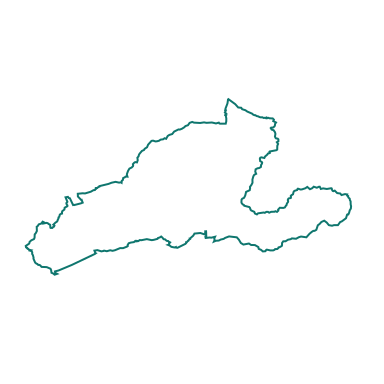 Darmanesti, Bacau, Romania, rotated 186°
{"feature_id": "2599482B46065008984016", "entity_name": "Darmanesti", "entity_type": "district", "adm_level": 2, "iso_a3": "ROU", "parent_name": "Romania", "parent_adm1": "Bacau", "projection": "equal_earth", "projection_center": [26.342, 46.329], "detail": "fine", "context": "isolated", "style": "outline", "palette": "teal", "viewbox_px": 384, "rotation_deg": 186, "n_neighbors": 0, "source": "geoboundaries", "source_scale": "gbopen_adm2", "svg_char_len": 6067}
<svg xmlns="http://www.w3.org/2000/svg" viewBox="0 0 384 384"><g transform="rotate(186 192 192)"><path d="M37.5,205.8L39.6,205.9L43.0,204.6L44.4,206.0L47.5,206.1L50.2,208.3L51.5,207.6L52.2,207.8L53.1,209.0L53.4,210.1L54.0,210.3L58.2,209.1L62.0,209.3L64.2,208.5L65.5,210.6L66.3,210.5L68.3,209.3L71.5,210.0L72.9,208.3L75.0,207.1L77.9,209.1L79.6,207.6L82.9,206.1L84.2,205.8L87.0,206.4L87.4,206.0L87.6,205.0L90.3,203.8L91.0,202.7L91.3,200.3L92.9,199.1L93.4,198.3L93.0,197.4L93.2,196.3L95.0,195.8L95.5,195.4L95.9,194.0L95.4,193.0L95.5,192.0L96.4,190.5L96.7,188.6L97.2,188.2L98.0,186.4L99.5,185.7L103.0,185.5L104.5,183.5L104.2,182.5L105.4,181.1L107.1,181.6L107.9,181.0L111.1,180.6L113.1,179.5L114.4,180.2L116.0,180.0L117.4,178.9L118.5,179.1L124.1,177.7L125.1,176.5L127.2,177.2L128.0,178.8L131.1,179.8L131.9,180.5L132.7,182.3L133.4,183.0L138.6,183.8L138.9,184.4L140.3,185.0L141.4,186.1L141.8,187.0L141.9,189.6L141.4,190.5L139.6,191.7L138.7,194.1L138.2,197.8L134.8,199.8L134.6,201.9L134.9,203.1L133.6,205.4L132.8,207.5L133.2,210.7L132.6,214.1L131.9,215.6L130.1,216.8L131.2,218.8L131.1,221.2L129.4,222.4L127.8,222.8L126.1,224.1L126.1,226.2L125.4,227.5L125.3,228.6L125.8,229.2L127.4,229.8L128.0,232.1L127.7,233.2L126.7,233.7L123.6,233.4L123.0,235.0L121.0,237.1L120.6,238.1L118.7,238.9L118.7,239.4L119.2,240.0L119.0,240.4L112.4,242.4L111.7,243.1L112.0,246.9L111.4,248.8L112.8,250.4L111.4,251.5L111.6,253.4L112.3,254.0L114.0,254.1L114.6,254.6L115.3,255.8L115.1,258.5L115.7,260.1L117.3,262.0L119.3,262.4L120.4,263.8L120.0,264.3L118.1,264.6L116.8,265.9L116.5,267.0L116.5,268.4L115.7,269.9L118.6,271.0L118.1,272.5L119.4,273.6L122.5,273.4L124.2,273.8L124.9,273.3L125.7,273.8L126.1,273.1L127.1,273.5L128.3,273.1L130.1,273.7L131.1,273.4L132.8,273.6L133.9,274.1L135.7,274.3L137.0,275.0L137.8,274.9L139.2,275.3L140.4,276.2L145.5,277.8L147.4,278.9L150.8,279.6L151.8,280.9L154.9,280.9L158.2,283.9L166.3,288.6L165.8,288.1L166.0,283.7L167.4,278.5L167.4,277.9L166.9,277.0L167.6,276.6L167.1,275.5L167.6,274.6L166.3,273.6L166.8,273.2L167.0,272.0L166.1,271.9L166.4,271.4L165.6,268.9L165.3,265.9L165.6,263.5L171.2,262.9L171.9,263.0L172.6,263.8L175.3,262.7L179.5,263.2L184.8,262.3L187.3,262.5L191.1,261.5L197.3,261.2L199.1,261.7L201.6,260.5L203.0,258.0L205.4,256.9L206.4,255.6L208.7,253.8L210.7,252.8L212.0,252.8L216.1,250.2L217.7,247.6L220.5,246.4L222.0,245.2L223.3,242.2L224.9,242.6L226.2,241.4L228.7,240.8L230.2,239.5L232.4,238.7L233.7,238.5L236.1,239.0L237.6,238.6L240.6,234.5L241.4,231.8L243.6,230.0L244.1,228.8L246.1,227.6L248.2,224.5L248.7,223.3L248.9,221.8L249.9,220.4L249.3,218.0L249.8,215.7L251.6,215.8L252.6,215.0L253.7,213.5L253.3,212.4L253.4,211.5L254.5,210.1L256.7,208.7L257.8,206.3L258.6,203.1L258.5,202.2L257.8,200.5L259.7,200.4L260.3,199.6L261.9,198.7L262.0,196.8L263.0,195.8L263.0,193.8L263.8,194.2L265.5,193.7L269.1,194.1L273.0,192.8L275.9,191.3L284.6,188.2L284.5,187.8L286.1,186.8L286.6,186.1L288.0,185.9L287.8,185.1L288.3,184.9L288.8,183.8L290.2,183.5L292.7,181.7L298.2,179.4L300.6,179.3L305.4,178.3L305.0,175.6L301.0,172.2L300.8,172.4L299.6,170.0L301.3,169.1L307.8,166.7L308.2,166.9L308.9,166.6L312.8,173.0L313.9,173.1L314.9,174.2L317.2,173.5L314.9,169.2L315.8,167.8L315.3,166.5L314.5,165.7L314.5,164.8L317.0,163.1L317.1,161.2L319.0,159.4L319.2,158.3L319.0,157.0L319.7,156.8L321.1,155.7L321.4,153.5L322.1,152.8L322.0,151.7L322.6,150.4L322.7,149.4L323.4,148.2L324.5,147.4L326.5,145.0L325.3,144.2L325.6,143.2L326.9,142.3L327.1,141.7L328.8,141.5L329.1,141.7L329.6,144.4L330.2,144.9L331.2,145.1L332.2,145.9L333.4,146.1L336.9,145.0L337.1,145.5L336.1,145.8L335.9,146.3L337.4,146.9L338.7,144.8L341.0,143.8L341.9,142.0L342.8,141.2L342.2,137.0L343.1,134.7L344.0,133.4L343.8,130.0L344.3,128.6L346.7,127.2L348.3,125.4L348.4,124.1L348.7,123.5L351.7,121.0L351.3,119.7L350.4,119.4L350.5,119.1L349.5,118.3L349.0,118.4L347.9,117.5L346.1,117.3L346.8,116.7L345.3,116.4L344.6,115.3L344.5,113.7L343.6,112.5L342.7,110.1L342.7,109.1L340.6,105.4L339.1,104.4L338.3,104.3L337.3,103.4L336.0,103.5L335.2,103.1L333.8,101.8L328.6,102.1L324.7,100.9L323.9,99.5L323.3,97.0L321.6,96.5L320.0,95.4L317.6,96.5L319.6,97.3L320.0,98.7L316.5,100.0L303.9,106.9L282.2,120.2L281.3,121.0L281.8,121.2L282.9,123.5L280.0,124.3L275.9,123.5L273.9,124.1L273.4,124.5L270.5,124.2L267.3,125.5L264.9,125.2L262.6,126.0L257.6,128.7L254.6,129.0L250.9,130.9L250.2,131.6L250.5,132.4L249.6,134.4L247.6,135.3L244.5,136.1L243.3,137.4L242.7,137.0L241.7,137.2L241.3,137.3L241.4,137.6L240.2,137.6L239.0,138.7L237.2,138.8L232.0,140.4L227.0,139.9L225.1,140.4L221.4,141.8L221.1,142.6L219.2,143.5L218.0,144.5L216.6,143.5L215.3,142.1L213.9,142.1L212.1,140.8L210.5,140.7L210.0,140.2L208.5,139.6L209.1,138.7L209.4,138.9L209.3,137.4L210.3,136.9L208.5,136.4L206.8,135.3L203.6,135.0L202.5,135.5L202.5,135.1L200.6,135.0L193.2,139.7L192.6,140.4L192.6,141.2L192.2,141.1L191.1,142.8L190.5,143.1L190.3,143.8L189.2,145.0L189.3,145.3L188.9,145.3L188.9,145.8L186.2,148.7L185.2,150.9L179.4,152.1L175.3,151.2L174.5,151.7L174.7,153.5L174.3,153.9L174.5,154.3L173.9,154.4L173.6,152.5L174.2,152.4L174.2,151.8L173.5,151.4L173.2,149.7L173.7,149.5L173.7,149.0L174.0,148.8L173.6,147.7L169.7,148.6L168.0,148.6L164.4,149.9L165.0,148.1L164.5,146.6L165.0,145.0L163.2,146.0L160.3,146.5L158.5,147.7L155.6,148.7L154.3,149.8L150.5,151.7L142.7,151.6L140.4,149.5L138.1,146.4L135.4,145.1L130.0,146.7L127.7,145.5L123.9,145.8L120.3,144.2L119.7,142.4L117.3,141.7L115.3,140.3L112.8,140.8L112.1,142.2L111.6,142.5L108.0,142.1L105.2,142.4L103.9,143.1L103.4,143.9L101.3,144.2L100.4,145.1L100.1,146.0L99.2,146.2L97.1,147.7L96.9,148.5L97.1,150.7L96.1,152.5L93.8,152.8L91.5,154.6L88.9,155.4L87.8,156.3L83.6,156.4L81.0,158.2L78.9,159.1L73.5,158.9L70.8,162.7L68.7,164.9L67.3,166.0L66.0,166.2L64.4,167.4L63.4,172.0L61.7,173.6L60.2,175.7L57.5,177.3L54.8,175.7L52.5,173.4L52.0,173.3L49.2,173.1L47.3,173.9L43.4,174.3L41.5,177.6L40.0,178.4L36.1,182.0L35.4,185.6L35.1,186.0L34.2,186.0L33.6,187.7L33.2,190.3L32.3,192.1L32.3,194.5L32.9,196.2L33.3,199.3L34.1,200.4L34.5,201.9L35.8,202.8L36.3,203.7L36.3,204.3L37.2,204.5L37.7,205.3L37.5,205.8Z" fill="none" stroke="#0f766e" stroke-width="2"/></g></svg>